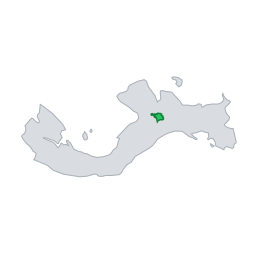 San Francisco, Veraguas, Panama (highlighted), rotated 167°
{"feature_id": "35544464B34923513195419", "entity_name": "San Francisco", "entity_type": "district", "adm_level": 2, "iso_a3": "PAN", "parent_name": "Panama", "parent_adm1": "Veraguas", "projection": "orthographic", "projection_center": [-80.952, 8.301], "detail": "fine", "context": "in_parent", "style": "filled", "palette": "green", "viewbox_px": 256, "rotation_deg": 167, "n_neighbors": 0, "source": "geoboundaries", "source_scale": "gbopen_adm2", "svg_char_len": 4655}
<svg xmlns="http://www.w3.org/2000/svg" viewBox="0 0 256 256"><g transform="rotate(167 128 128)"><path d="M226.9,118.3L226.2,118.8L224.2,121.7L223.2,124.2L225.8,126.8L226.6,129.6L228.0,132.6L230.3,135.5L232.9,141.1L233.6,143.4L232.8,144.8L230.4,145.8L228.2,148.4L227.6,151.6L228.0,153.2L221.3,158.3L219.6,159.2L218.4,158.4L216.9,155.9L215.2,153.8L214.2,153.1L213.7,153.1L213.2,153.6L212.9,154.7L213.9,159.5L213.1,161.4L210.8,162.9L208.2,170.8L207.2,169.8L198.4,159.3L190.8,146.4L189.2,140.5L191.1,140.1L193.0,140.2L194.0,139.3L195.2,137.6L194.2,133.6L197.9,130.6L199.2,128.5L200.2,128.7L202.7,132.2L206.2,134.2L210.4,137.0L213.1,137.7L209.7,134.7L203.9,130.7L202.3,128.1L200.7,124.5L198.5,126.1L197.5,127.4L196.3,128.2L195.3,127.3L195.1,126.1L191.7,125.9L190.8,124.8L189.9,124.2L190.3,126.5L191.0,127.9L190.7,129.6L189.5,129.7L188.6,128.0L187.4,126.4L185.7,119.8L181.8,116.6L180.1,115.6L178.6,115.2L176.4,113.1L173.6,112.0L169.7,108.7L165.0,106.4L159.2,105.6L152.1,106.1L149.8,107.4L148.2,109.1L147.4,109.9L143.3,111.8L141.7,114.6L140.7,116.9L138.6,119.6L141.0,121.2L127.5,130.2L124.8,131.5L118.7,132.4L117.3,133.4L115.4,135.2L115.2,137.9L115.4,140.2L117.2,141.9L118.8,143.1L122.6,148.4L129.3,155.2L130.6,157.6L131.7,161.3L129.7,163.0L128.1,163.7L121.7,164.0L119.5,165.5L118.6,167.7L116.2,169.5L107.9,171.3L101.4,171.5L99.4,169.4L98.9,163.6L94.5,153.6L93.5,146.7L92.4,147.5L90.1,148.3L89.3,150.0L88.7,155.1L87.9,156.9L86.1,156.7L82.4,154.9L77.5,153.2L71.3,142.4L70.7,140.4L69.5,137.9L64.7,136.9L60.6,135.1L56.1,134.8L53.8,135.8L51.5,134.5L51.1,131.5L46.4,132.9L40.4,132.4L35.0,131.1L31.3,131.7L28.3,133.8L28.7,139.2L27.8,140.3L27.6,138.1L26.6,135.5L25.3,133.4L22.6,131.2L22.4,130.5L23.5,129.4L28.5,126.2L29.1,124.9L29.2,122.2L28.7,119.6L26.5,115.7L27.8,113.4L30.3,111.5L32.9,110.0L33.4,109.3L32.9,108.0L31.4,106.6L27.9,104.2L25.7,104.0L25.7,97.1L25.8,89.8L26.4,89.1L27.7,88.7L28.7,87.5L29.3,85.4L30.9,84.6L33.7,86.3L36.5,87.8L37.7,87.3L38.6,86.6L39.2,85.9L39.4,85.2L41.7,87.2L46.4,90.6L46.6,92.4L46.2,94.0L47.4,98.7L49.9,99.4L52.3,98.5L52.9,99.3L52.5,100.2L51.2,101.2L50.9,105.2L54.9,107.1L56.9,108.7L63.5,108.0L66.0,108.4L67.6,108.0L65.8,104.7L63.3,102.3L63.5,101.2L65.4,102.0L66.8,103.7L70.1,105.7L76.1,112.7L83.0,114.4L88.5,114.2L93.5,113.3L101.7,110.5L107.5,105.6L112.2,103.4L127.3,98.7L132.7,93.8L135.0,93.2L137.2,92.5L141.9,88.8L144.4,85.9L147.1,84.5L155.1,85.5L160.3,86.8L163.9,86.6L167.4,87.6L168.9,89.7L170.5,90.6L178.9,90.3L185.9,91.3L201.1,97.4L210.3,103.5L215.1,110.0L226.9,118.3ZM73.9,167.4L71.9,167.6L67.9,166.0L64.9,163.0L64.7,162.0L64.7,161.0L66.4,157.9L68.5,156.8L69.4,156.8L71.5,160.4L70.0,161.8L70.6,164.0L73.6,165.7L73.9,167.4ZM171.9,132.8L171.2,134.3L169.5,130.9L169.7,130.0L169.6,126.9L171.2,126.0L172.4,126.0L173.4,126.4L174.0,130.1L173.5,131.7L171.9,132.8ZM51.3,92.4L50.9,94.1L48.1,91.0L49.8,90.5L50.4,90.6L51.3,92.4ZM165.9,133.5L164.2,135.2L163.6,133.6L164.7,132.0L165.1,132.0L165.9,133.5Z" fill="#d9dde1" stroke="#a8b0b8" stroke-width="1"/><path d="M91.4,128.8L91.4,129.0L91.5,129.2L91.4,129.3L91.4,129.6L91.5,129.7L91.5,129.8L91.6,130.0L91.5,130.3L91.6,130.5L91.4,130.6L91.5,130.8L91.4,130.9L91.3,131.0L91.4,131.3L91.5,131.4L91.5,131.5L91.5,131.8L91.8,131.9L91.9,132.0L92.0,132.0L92.1,132.5L92.2,132.8L92.2,133.1L92.3,133.0L92.5,133.0L92.4,133.2L92.5,133.3L92.4,133.4L92.4,133.5L92.4,133.8L92.9,134.7L95.8,135.7L96.1,135.5L96.2,135.4L96.3,135.4L96.3,135.2L96.5,135.3L96.6,135.2L96.8,135.1L97.0,135.1L97.2,135.3L97.3,135.2L97.5,135.2L97.7,135.4L97.8,135.4L98.0,135.3L98.1,135.2L98.3,135.0L98.5,135.2L98.8,135.3L99.0,135.3L99.1,135.5L99.3,135.7L99.6,135.5L99.6,135.4L99.8,135.5L100.0,135.7L100.3,135.7L100.5,135.5L100.8,135.8L100.7,135.9L100.7,136.0L100.8,136.1L101.0,136.1L101.3,136.2L101.3,136.3L101.3,136.5L101.5,136.5L101.6,136.4L101.7,136.2L101.8,136.1L102.0,136.2L101.9,136.2L101.9,136.3L101.9,136.5L102.0,136.5L102.0,136.4L102.1,136.2L102.2,135.9L102.3,135.8L102.2,135.7L101.9,135.6L101.7,135.6L101.6,135.4L101.4,135.3L101.5,135.2L101.4,135.2L101.2,135.1L100.9,135.1L100.7,135.2L100.8,135.1L100.7,135.1L100.7,134.9L100.5,134.7L100.4,134.7L100.2,134.6L100.2,134.8L100.0,134.7L99.9,134.8L99.9,134.7L99.9,134.8L99.7,134.8L99.6,134.7L99.4,134.6L99.5,134.5L99.4,134.4L99.4,134.2L99.2,134.0L99.3,133.9L99.2,133.9L98.9,133.8L98.8,133.7L98.8,133.4L98.7,133.4L98.8,133.4L98.8,133.2L98.7,133.1L98.7,132.9L98.7,132.7L98.8,132.6L98.7,132.6L98.8,132.6L98.7,132.5L98.8,132.4L98.9,132.2L99.0,132.2L98.9,132.1L98.9,131.9L98.7,131.8L98.6,131.7L98.5,131.8L98.4,131.9L98.3,131.7L98.2,131.5L98.2,131.4L98.1,131.1L98.0,129.2L98.0,127.5L97.1,128.4L94.4,128.8L92.4,128.2L91.4,128.8Z" fill="#22c55e" stroke="#15803d" stroke-width="1.5"/></g></svg>